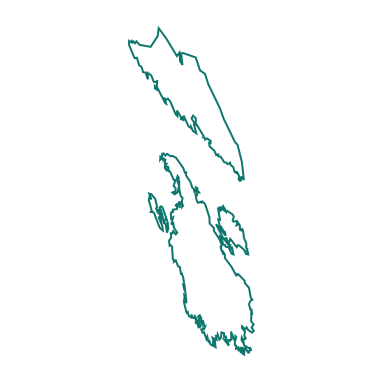 Leka nor, Nord-Trøndelag, Norway, rotated 266°
{"feature_id": "86288312B5983253954554", "entity_name": "Leka nor", "entity_type": "district", "adm_level": 2, "iso_a3": "NOR", "parent_name": "Norway", "parent_adm1": "Nord-Trøndelag", "projection": "robinson", "projection_center": [11.714, 65.094], "detail": "fine", "context": "isolated", "style": "outline", "palette": "teal", "viewbox_px": 384, "rotation_deg": 266, "n_neighbors": 0, "source": "geoboundaries", "source_scale": "gbopen_adm2", "svg_char_len": 6022}
<svg xmlns="http://www.w3.org/2000/svg" viewBox="0 0 384 384"><g transform="rotate(266 192 192)"><path d="M229.6,162.9L226.9,162.6L227.6,163.1L226.3,165.2L227.6,165.7L226.2,165.7L227.1,166.4L226.1,167.6L222.6,166.8L222.0,168.5L220.7,167.0L217.6,166.7L215.3,168.1L214.9,169.8L219.2,168.9L218.7,169.9L214.2,170.5L213.6,171.7L205.3,174.6L205.2,175.7L202.5,176.0L203.4,175.8L199.5,174.0L197.1,175.9L192.7,175.6L192.0,174.7L193.6,174.6L192.9,172.4L190.9,174.5L192.7,177.7L199.1,179.5L206.0,177.7L208.9,178.7L207.0,179.9L205.4,179.0L203.5,180.0L195.9,179.5L188.8,180.4L186.8,182.2L182.7,181.1L177.8,182.2L178.7,181.7L177.9,181.1L181.5,181.1L182.5,179.2L177.0,178.7L181.6,177.7L179.8,176.5L180.7,175.9L179.8,175.1L180.6,174.2L178.2,176.2L176.0,175.7L175.7,171.8L173.2,171.5L173.6,170.3L172.1,169.3L166.7,169.4L167.9,171.3L161.7,169.3L161.2,170.2L162.6,170.0L162.5,171.2L157.9,171.4L152.4,174.4L150.9,172.9L154.2,170.5L152.1,169.6L152.4,168.1L147.9,168.0L145.0,165.7L140.0,165.9L140.6,166.8L138.9,168.3L126.3,168.2L125.4,169.4L123.6,169.1L124.8,171.1L118.8,172.9L118.2,174.6L110.1,175.4L112.3,175.9L106.8,177.3L98.7,178.0L99.6,176.8L95.6,177.5L96.4,178.2L88.3,178.5L89.7,177.1L86.6,177.5L86.0,178.7L81.5,178.7L86.6,177.0L83.1,176.2L72.6,178.0L71.7,178.4L72.5,179.4L68.4,180.2L66.9,182.6L70.0,182.9L66.8,183.6L65.7,186.0L69.3,186.1L66.6,186.3L66.1,187.3L61.2,186.6L61.1,187.8L56.5,189.2L57.7,191.1L61.4,190.0L57.8,190.2L59.7,188.9L62.8,189.6L61.5,188.3L63.7,189.1L62.9,190.1L64.0,190.7L67.5,189.5L68.5,191.1L65.7,192.5L60.3,191.9L61.6,192.4L59.8,192.9L63.3,193.9L56.5,195.0L56.9,195.7L54.7,194.7L54.1,194.0L54.8,193.3L53.5,193.2L54.4,192.8L54.1,191.8L53.2,191.9L50.9,192.7L51.2,194.2L44.3,196.2L46.5,197.2L42.4,197.7L41.5,198.3L43.2,198.6L38.6,199.9L37.1,202.3L41.9,202.5L36.6,203.3L35.6,204.7L41.9,204.4L41.7,203.2L45.2,202.4L42.8,206.3L46.7,205.8L46.3,207.1L48.1,207.6L42.9,209.0L44.5,210.7L49.9,211.6L49.0,214.0L45.2,213.9L45.6,214.6L43.8,215.3L46.4,215.6L42.5,215.9L41.5,215.3L42.1,214.1L36.1,218.0L40.5,217.2L41.8,217.9L40.8,219.4L41.9,219.6L42.0,221.0L50.0,221.2L42.2,223.5L42.6,225.0L45.2,225.3L44.3,226.0L39.5,224.3L36.4,224.1L35.4,225.5L32.7,225.0L33.5,226.7L29.8,227.6L32.7,227.0L33.4,227.7L29.2,229.3L29.9,230.4L27.8,230.7L26.3,232.6L29.0,232.7L30.9,230.8L30.2,230.6L33.2,230.1L33.1,231.5L30.1,233.4L33.1,234.2L28.0,236.8L27.9,237.7L29.9,238.2L30.2,239.9L33.2,239.0L31.7,238.8L35.4,233.3L41.5,232.7L38.9,232.1L40.8,231.1L43.2,231.5L42.0,232.0L41.5,234.3L42.3,235.4L44.9,234.1L49.0,235.1L52.9,232.3L54.5,232.6L51.3,235.3L53.2,237.0L50.5,238.3L47.6,242.1L49.3,244.0L52.5,242.0L55.6,244.2L58.8,242.0L66.8,242.7L65.3,243.6L70.7,243.1L70.6,242.1L76.1,241.0L79.7,242.9L80.2,244.6L83.0,243.2L92.4,242.2L97.6,238.3L99.8,238.3L106.8,232.4L106.0,231.2L107.9,230.1L104.8,230.6L114.6,226.2L123.9,220.2L127.6,220.4L129.6,219.2L127.1,219.1L133.3,216.9L136.3,216.7L135.0,217.3L136.9,218.0L143.3,215.9L151.5,211.3L154.8,211.2L159.3,207.4L165.5,207.6L178.9,204.3L181.8,201.8L180.8,200.6L181.7,200.1L180.8,197.2L183.4,196.0L189.3,195.3L188.6,196.9L191.3,197.1L191.0,199.0L193.8,197.3L195.5,197.7L196.3,196.4L192.3,197.0L193.4,195.4L190.9,194.6L195.2,194.0L196.2,192.6L202.5,191.0L208.8,187.2L211.9,187.5L211.6,186.4L217.0,184.7L227.3,178.4L229.4,175.0L229.0,173.4L231.8,169.7L230.1,168.0L232.5,166.3L232.1,164.9L228.7,164.7L229.6,162.9ZM330.9,190.8L319.3,191.4L323.5,189.2L332.0,189.3L328.7,186.4L347.4,176.8L357.7,170.2L349.8,168.6L339.7,160.9L342.4,150.0L346.1,147.1L344.4,145.5L346.2,144.3L345.5,143.6L346.7,142.7L345.4,142.2L347.2,139.8L343.5,139.4L332.8,142.9L329.5,144.2L329.8,146.4L322.0,148.2L320.5,150.3L315.0,151.6L314.3,154.0L307.4,155.8L313.9,156.2L311.2,159.5L304.7,161.5L304.1,163.9L305.8,165.2L298.4,164.0L300.2,162.4L297.9,162.3L296.4,164.2L298.2,164.8L282.3,171.6L281.8,172.4L288.2,170.8L285.4,172.2L286.8,174.4L284.2,176.5L270.8,181.1L268.8,182.7L274.4,182.8L267.2,186.3L265.4,186.0L265.3,187.9L263.4,188.6L267.5,188.0L268.1,189.2L257.7,193.1L256.2,195.0L257.5,195.5L252.9,197.1L250.3,200.4L259.0,198.7L258.9,200.0L265.5,196.7L268.1,198.4L265.1,201.0L260.6,200.5L247.1,207.4L245.8,206.8L245.2,208.5L243.4,208.7L244.3,210.9L241.6,214.2L239.4,214.0L239.9,212.5L236.3,212.7L231.5,217.2L226.4,219.0L227.7,219.2L227.6,220.9L225.8,220.7L225.2,223.1L219.6,226.1L218.9,228.2L217.3,229.4L218.6,232.1L216.4,232.3L213.9,234.9L208.9,236.0L208.3,237.2L209.7,237.5L207.8,237.9L208.2,238.6L204.5,240.2L201.4,239.4L199.1,241.1L203.6,240.5L203.0,242.6L202.1,242.6L202.9,243.1L200.4,244.6L218.7,243.8L236.0,240.7L238.7,238.4L262.9,228.7L273.0,225.9L298.6,215.7L309.0,213.2L312.7,208.5L325.9,205.1L331.3,192.7L330.9,190.8ZM158.3,213.7L143.8,219.9L146.0,216.8L143.6,216.9L142.4,218.7L140.0,219.0L141.5,217.8L137.5,219.0L137.0,220.8L134.9,222.2L134.5,224.6L127.6,227.3L126.8,229.0L134.7,228.0L132.6,227.6L134.4,226.3L136.4,226.6L137.0,224.4L143.2,220.5L143.6,223.1L138.0,225.1L142.6,226.9L133.8,232.8L135.8,234.1L135.2,235.5L130.6,240.0L126.4,241.6L125.8,243.8L128.8,243.4L129.1,242.1L131.2,243.3L132.6,242.2L136.9,242.6L142.6,240.6L150.3,240.2L151.6,239.3L150.2,238.3L151.0,237.2L155.3,237.4L158.4,235.7L155.2,235.5L156.2,235.2L155.7,234.1L158.3,235.0L159.9,234.0L159.5,231.2L160.5,230.5L164.4,232.0L166.8,230.9L170.5,226.0L170.8,225.0L170.0,224.8L175.8,222.1L174.7,221.1L172.1,221.9L175.4,218.3L171.0,219.9L172.9,217.9L171.7,218.2L172.5,216.9L162.4,218.0L162.9,216.3L155.2,217.5L155.4,218.5L149.4,221.4L150.8,221.8L146.0,222.6L158.3,213.7ZM187.0,148.3L176.3,150.5L175.0,149.5L174.6,151.9L173.4,152.8L158.6,157.3L155.7,160.2L160.2,160.0L168.5,157.2L169.9,157.1L166.4,159.2L170.2,159.1L173.8,157.0L173.4,158.4L172.0,158.4L172.8,159.8L170.6,160.0L171.7,160.7L167.3,161.2L165.9,161.9L166.3,162.8L164.7,162.6L165.0,161.6L162.8,161.8L162.2,163.5L153.2,164.2L157.1,165.8L163.4,165.6L179.0,161.4L179.8,159.8L178.7,159.0L179.7,158.3L175.5,159.9L173.3,159.1L176.8,158.0L176.7,156.5L173.1,156.7L178.1,155.0L179.8,156.1L187.6,154.9L192.6,151.3L193.4,149.2L187.4,151.0L189.8,149.1L187.0,148.3Z" fill="none" stroke="#0f766e" stroke-width="2"/></g></svg>